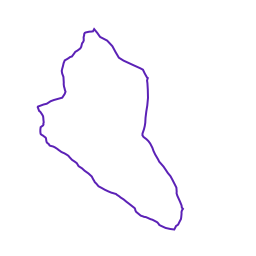 Bartsham, Tashigang, Bhutan (Equal Earth projection), rotated 118°
{"feature_id": "84629894B93354039766562", "entity_name": "Bartsham", "entity_type": "district", "adm_level": 2, "iso_a3": "BTN", "parent_name": "Bhutan", "parent_adm1": "Tashigang", "projection": "equal_earth", "projection_center": [91.601, 27.382], "detail": "fine", "context": "isolated", "style": "outline", "palette": "violet", "viewbox_px": 256, "rotation_deg": 118, "n_neighbors": 0, "source": "geoboundaries", "source_scale": "gbopen_adm2", "svg_char_len": 2591}
<svg xmlns="http://www.w3.org/2000/svg" viewBox="0 0 256 256"><g transform="rotate(118 128 128)"><path d="M195.9,39.5L193.5,39.5L192.1,39.6L189.8,38.4L186.3,38.5L183.6,38.5L182.1,39.0L178.7,40.4L177.1,41.3L175.4,41.7L173.6,41.5L173.0,43.1L171.2,44.4L168.6,47.5L164.6,52.7L162.8,54.5L161.4,55.1L157.9,57.3L155.7,60.4L152.5,65.0L150.6,67.9L149.0,71.8L147.2,75.1L145.4,78.5L144.1,81.9L143.1,84.6L141.6,86.7L138.6,91.6L136.3,94.7L134.0,97.2L131.3,101.1L130.0,103.8L129.2,106.5L128.6,110.2L128.1,111.0L127.7,111.8L126.1,112.6L121.7,113.3L118.5,114.1L115.3,115.2L110.8,117.3L104.8,119.6L99.2,121.5L92.0,124.5L84.7,128.6L79.3,131.9L77.1,133.5L74.6,134.0L74.5,134.9L72.0,138.8L69.5,142.2L69.5,145.1L70.0,152.9L70.3,158.3L70.6,163.6L70.2,169.1L66.7,174.8L63.1,180.2L61.3,185.4L60.6,187.5L60.7,195.3L60.3,196.2L58.5,199.7L56.6,204.3L59.1,204.3L60.1,205.7L61.2,207.5L63.6,210.3L64.3,210.8L65.7,210.8L66.3,210.4L67.4,210.1L68.7,209.8L69.7,209.2L71.4,208.2L73.0,208.0L74.8,208.3L77.2,207.7L78.3,207.4L80.2,207.5L83.4,209.0L85.5,210.3L88.0,210.6L89.2,210.8L91.2,211.1L92.6,212.5L94.1,213.2L95.7,214.1L98.0,215.6L98.9,215.5L100.9,215.3L104.3,214.4L106.6,213.9L108.7,213.3L110.8,211.7L113.2,209.0L118.1,206.0L119.4,205.4L121.4,204.0L122.6,202.8L124.1,201.5L125.3,200.2L127.7,199.9L132.1,200.3L138.1,206.6L140.7,208.9L144.7,211.1L147.0,213.7L147.6,214.2L151.4,217.6L152.0,217.5L154.7,214.4L154.8,213.2L155.9,211.1L156.5,210.0L157.5,208.5L158.9,207.5L160.5,206.5L162.5,205.1L163.9,204.8L164.5,204.3L165.5,204.2L166.2,204.5L167.4,205.1L168.3,205.5L170.4,204.7L172.0,203.9L173.6,202.9L174.4,202.1L174.6,200.9L174.6,199.6L174.8,198.6L175.0,197.3L175.2,196.2L175.6,195.6L177.8,194.0L178.8,193.0L179.1,192.2L179.4,190.4L180.2,189.1L180.2,188.3L179.5,185.5L179.4,183.7L179.6,181.2L179.7,180.2L180.0,179.0L180.1,177.7L180.4,175.9L180.4,174.7L180.3,173.4L180.2,172.3L180.3,170.1L180.4,168.5L180.6,167.4L181.2,166.0L182.4,162.5L182.7,159.3L183.1,156.7L184.9,153.7L185.2,149.7L186.1,146.3L186.7,141.6L187.6,138.1L187.8,137.3L189.8,134.4L190.4,133.3L191.4,131.9L192.0,129.8L193.3,126.7L193.3,122.9L193.4,119.5L193.2,115.5L193.0,113.4L192.9,112.2L192.7,111.5L192.2,109.0L191.9,107.6L192.2,106.4L192.3,105.1L192.4,104.1L192.5,103.3L192.8,102.1L193.1,98.4L193.3,97.4L193.9,94.6L194.1,93.2L195.6,84.6L196.2,83.7L197.3,82.8L198.2,81.5L199.4,75.6L199.2,74.4L199.0,73.3L198.9,72.0L198.3,70.5L198.1,68.4L198.0,66.5L197.9,65.1L197.6,63.9L197.5,62.6L197.5,61.6L197.5,59.5L197.5,58.5L197.6,57.6L197.9,56.9L198.2,56.1L198.9,54.9L198.9,53.2L198.6,47.9L197.3,43.2L195.9,39.5Z" fill="none" stroke="#5b21b6" stroke-width="2"/></g></svg>